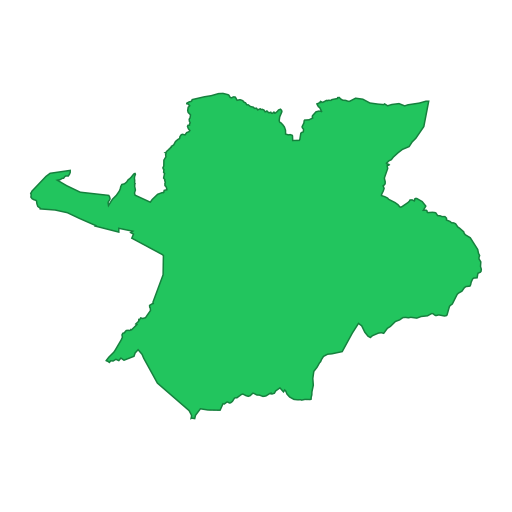 the district of Terrenate, Tlaxcala, Mexico
{"feature_id": "50627088B28943276063630", "entity_name": "Terrenate", "entity_type": "district", "adm_level": 2, "iso_a3": "MEX", "parent_name": "Mexico", "parent_adm1": "Tlaxcala", "projection": "albers", "projection_center": [-97.935, 19.48], "detail": "fine", "context": "isolated", "style": "filled", "palette": "green", "viewbox_px": 512, "rotation_deg": 0, "n_neighbors": 0, "source": "geoboundaries", "source_scale": "gbopen_adm2", "svg_char_len": 6066}
<svg xmlns="http://www.w3.org/2000/svg" viewBox="0 0 512 512"><path d="M428.7,101.2L426.0,101.2L419.3,103.1L408.0,104.8L404.7,105.9L399.0,103.6L391.8,104.5L387.6,105.8L384.6,103.9L383.7,104.6L377.9,104.1L369.9,103.0L362.8,99.2L355.6,98.2L349.6,101.3L348.1,101.3L345.7,100.4L342.6,100.2L341.4,99.3L341.0,99.4L339.3,97.5L337.7,97.6L337.5,98.5L331.9,99.6L331.0,100.4L328.1,100.3L327.4,100.7L326.5,100.4L322.7,102.4L320.7,101.5L320.6,102.5L319.5,102.3L318.7,103.4L317.0,103.7L317.0,104.2L318.4,106.7L319.7,107.6L321.9,112.0L321.1,111.3L318.7,111.1L316.0,111.8L312.5,115.7L312.3,116.8L312.7,118.0L309.1,119.8L304.6,120.1L304.2,120.7L303.9,123.0L302.1,126.7L302.3,127.7L303.5,129.1L303.4,131.4L303.0,132.1L301.6,132.5L300.8,133.3L299.9,139.2L299.3,140.4L292.7,140.5L292.5,135.9L292.2,135.3L290.2,134.6L288.5,134.9L285.6,134.1L285.5,130.2L284.4,127.0L282.9,124.9L280.9,122.8L279.9,122.4L279.4,121.4L279.2,120.4L279.7,116.9L281.9,111.7L281.6,110.4L280.5,109.2L278.5,110.0L277.4,111.4L275.3,113.1L274.7,113.2L274.2,112.2L273.8,112.1L272.8,113.1L272.1,113.4L271.4,113.2L270.8,112.2L269.4,112.7L268.5,112.6L267.0,111.0L266.6,111.0L265.8,111.8L265.1,111.8L264.0,110.1L262.2,109.3L261.0,109.6L260.2,108.8L257.7,109.9L256.5,108.2L254.5,108.4L253.4,107.2L250.4,106.5L248.2,104.8L246.8,104.8L245.5,102.8L243.8,102.1L243.5,101.3L241.9,100.3L240.0,99.7L237.1,100.3L235.5,97.4L235.1,97.0L233.3,96.9L231.7,97.8L230.7,97.6L230.1,97.3L228.9,95.2L228.1,94.7L223.0,93.4L218.5,93.6L211.2,95.7L204.3,96.8L192.2,99.6L191.7,100.9L191.1,101.4L189.1,101.9L186.8,103.2L186.8,103.7L187.6,103.7L189.7,105.7L189.5,106.2L188.2,107.2L187.7,110.5L188.2,112.5L190.5,114.8L190.1,117.8L189.2,119.2L189.4,121.3L190.2,122.8L189.6,123.9L189.5,125.2L188.0,125.3L187.5,126.4L188.4,128.8L189.9,130.5L189.0,131.7L186.7,132.6L185.0,134.9L182.5,134.3L181.3,134.7L180.0,136.5L179.6,138.5L177.7,139.6L175.5,141.5L173.7,144.9L171.3,146.4L171.2,147.4L170.4,147.7L169.7,148.8L169.2,148.9L168.8,149.6L167.3,150.7L166.1,152.3L165.2,152.7L166.0,153.2L166.1,153.6L165.6,154.6L165.9,156.8L163.9,160.1L163.8,166.0L162.9,167.8L163.3,169.0L163.9,169.4L163.6,172.4L164.6,173.4L163.6,178.0L164.9,179.7L164.7,180.8L165.2,181.6L165.3,182.4L164.9,183.5L165.0,185.7L165.5,185.9L166.4,187.4L166.9,189.7L164.2,190.4L163.7,192.5L163.3,192.7L162.3,192.6L157.6,194.3L152.2,199.5L150.3,202.2L135.1,195.2L134.6,193.7L134.6,192.5L135.4,190.0L134.6,186.1L134.8,185.0L134.6,184.3L135.1,183.7L134.6,182.8L134.7,180.3L134.4,178.2L134.7,176.2L135.4,174.4L135.1,173.5L134.4,173.6L133.6,174.2L131.2,177.2L129.6,178.8L128.3,179.6L126.6,182.1L124.5,183.8L121.8,184.5L120.7,186.7L120.3,188.8L119.3,191.1L116.4,195.3L112.5,199.2L108.5,205.5L108.1,202.8L108.3,201.9L109.9,199.4L110.0,198.4L109.4,196.4L108.7,195.4L80.2,192.2L66.7,185.7L57.3,180.2L60.6,179.5L61.7,178.5L63.6,178.2L64.8,176.6L65.7,176.0L68.3,176.0L69.6,174.0L70.2,172.3L70.2,170.4L50.1,173.3L46.0,176.4L31.9,191.2L31.5,192.3L30.7,193.3L31.2,194.9L30.9,197.1L32.1,198.7L33.6,199.6L36.0,200.4L36.5,200.9L36.9,203.8L37.8,206.4L40.2,208.2L40.2,208.9L55.1,210.0L67.4,212.7L79.2,218.3L95.8,225.6L95.3,226.1L118.8,232.1L118.8,228.3L132.7,231.2L130.7,232.6L133.5,234.1L131.8,238.2L162.2,254.5L163.4,255.5L163.1,274.8L153.0,302.1L153.3,303.5L152.5,303.6L149.6,305.4L149.7,307.2L150.2,307.7L150.5,310.5L145.5,317.7L142.7,318.5L140.7,317.9L138.9,320.6L138.7,320.3L138.6,321.3L135.8,324.0L136.9,324.6L131.6,329.8L130.9,329.5L130.5,330.2L129.6,330.5L128.0,330.3L126.3,330.5L125.1,331.7L124.6,332.7L122.8,333.3L122.0,334.9L122.4,337.3L121.1,340.1L115.1,350.3L113.8,352.2L108.9,357.1L105.8,361.1L106.7,360.6L109.4,362.4L110.7,360.8L113.1,361.0L115.9,359.3L118.8,360.6L120.9,358.1L124.0,360.2L134.0,356.3L135.1,353.0L138.1,349.7L142.1,354.4L143.7,358.2L157.4,383.1L189.1,410.6L191.1,414.4L191.6,415.7L191.1,418.4L191.7,418.1L194.7,418.6L195.5,415.3L200.4,408.8L208.1,410.0L220.1,410.2L223.0,403.7L224.3,404.0L226.7,402.2L227.6,402.0L229.4,403.0L230.6,402.8L232.4,401.4L234.5,398.1L235.3,397.8L236.9,397.8L241.2,394.6L242.8,394.0L246.1,395.7L248.3,396.3L250.1,395.7L252.8,393.2L253.9,393.4L256.9,395.0L259.5,395.1L262.9,396.4L264.7,396.2L266.0,395.9L270.1,393.3L271.0,393.2L270.8,393.8L272.0,394.0L274.4,393.2L275.7,390.9L279.9,387.9L283.5,391.9L284.7,390.0L285.8,391.2L287.0,394.1L289.6,397.0L293.9,399.4L297.8,399.8L300.6,399.7L301.6,400.1L304.9,399.4L310.1,399.5L311.1,399.2L311.2,397.2L311.8,394.9L311.9,391.9L313.3,385.2L312.8,378.5L313.8,371.4L317.0,367.3L319.6,362.7L320.6,361.7L321.5,359.5L323.5,356.4L327.6,354.2L331.9,353.8L342.2,351.6L352.3,333.1L358.5,323.4L361.7,325.8L364.8,332.2L368.0,336.2L370.4,337.5L372.4,335.7L378.4,333.1L381.3,332.7L383.7,333.3L387.4,328.3L390.4,326.4L395.4,321.5L399.6,319.9L402.9,317.6L405.6,317.4L408.4,317.8L410.8,317.3L416.8,318.1L421.1,316.5L427.5,315.8L431.5,313.6L433.1,313.7L434.6,315.0L435.9,315.6L438.8,314.9L444.5,316.0L446.4,315.6L447.0,315.0L449.4,306.6L450.1,305.6L452.3,304.0L457.2,294.3L458.5,293.1L461.9,291.2L464.3,287.8L465.8,286.6L469.9,286.1L470.6,284.8L471.2,282.1L472.6,279.0L473.6,278.1L477.1,277.8L477.9,273.3L480.3,272.2L481.0,271.4L481.3,269.3L480.5,266.5L480.8,261.9L479.0,258.9L479.0,257.5L479.6,255.5L478.5,253.4L477.7,249.5L470.3,237.8L465.2,234.7L464.1,233.2L463.7,231.8L459.6,228.2L457.8,227.0L455.6,223.8L453.7,222.9L451.6,222.8L449.9,221.4L446.5,220.0L446.5,218.2L444.9,216.6L442.0,216.6L440.1,215.8L437.6,215.6L435.9,213.0L435.0,212.6L432.5,212.3L427.8,212.6L427.2,212.1L427.0,210.9L426.2,210.2L423.3,210.3L425.8,206.1L422.2,201.6L416.8,198.5L415.7,198.4L414.7,199.0L414.7,200.1L414.3,200.9L412.1,199.9L410.0,200.0L409.3,201.3L407.9,202.6L401.9,206.7L400.8,207.2L399.7,206.8L398.0,204.7L394.9,202.5L388.6,199.3L387.6,198.1L384.8,196.7L381.5,195.6L381.7,194.1L383.2,191.1L384.1,188.4L383.1,185.8L384.4,184.8L385.1,183.8L385.2,181.8L384.4,178.5L384.5,177.6L387.7,168.4L387.1,165.8L387.4,165.4L388.4,165.3L389.2,164.8L388.8,164.4L386.6,163.7L386.4,163.2L389.1,160.7L391.3,159.7L393.3,157.1L398.0,152.8L402.4,149.4L409.1,146.6L412.1,142.0L415.8,138.3L423.8,126.6L428.7,101.2Z" fill="#22c55e" stroke="#15803d" stroke-width="1.5"/></svg>